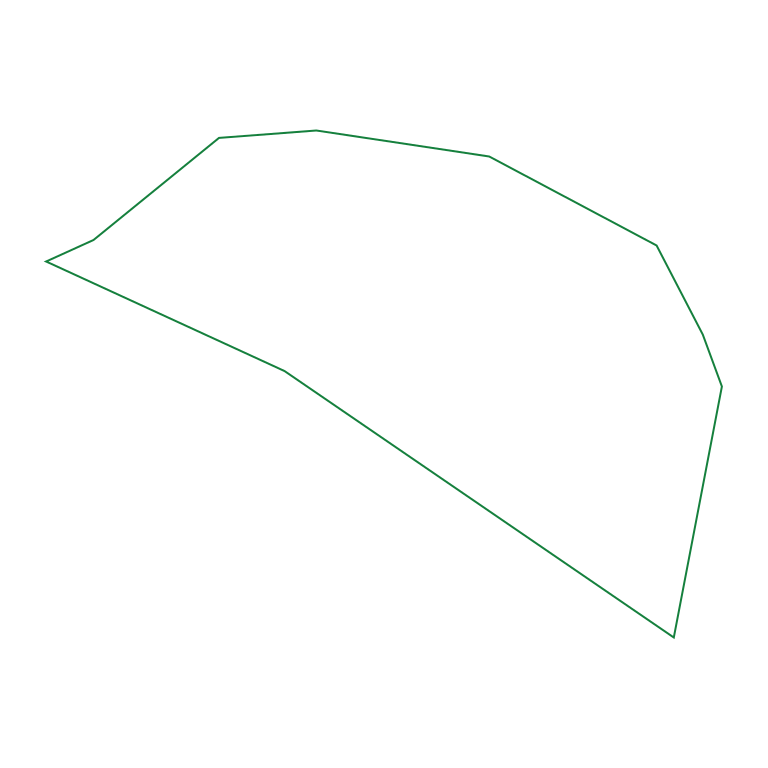 outline of Port of Spain
{"feature_id": "TTO-64", "entity_name": "Port of Spain", "entity_type": "City", "adm_level": 1, "iso_a3": "TTO", "parent_name": "Trinidad and Tobago", "parent_adm1": "", "projection": "orthographic", "projection_center": [-61.515, 10.657], "detail": "fine", "context": "isolated", "style": "outline", "palette": "green", "viewbox_px": 768, "rotation_deg": 0, "n_neighbors": 0, "source": "natural_earth", "source_scale": "10m", "svg_char_len": 257}
<svg xmlns="http://www.w3.org/2000/svg" viewBox="0 0 768 768"><path d="M673.8,637.5L284.6,371.1L46.1,261.5L93.5,240.0L219.0,137.9L316.3,130.5L489.2,156.5L656.6,245.5L702.8,334.6L721.9,386.5L673.8,637.5Z" fill="none" stroke="#15803d" stroke-width="2"/></svg>